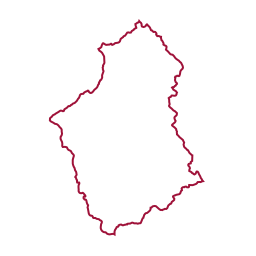 Sihuas, Áncash, Peru, rotated 184°
{"feature_id": "86281439B22456830614745", "entity_name": "Sihuas", "entity_type": "district", "adm_level": 2, "iso_a3": "PER", "parent_name": "Peru", "parent_adm1": "Áncash", "projection": "robinson", "projection_center": [-77.577, -8.497], "detail": "fine", "context": "isolated", "style": "outline", "palette": "rose", "viewbox_px": 256, "rotation_deg": 184, "n_neighbors": 0, "source": "geoboundaries", "source_scale": "gbopen_adm2", "svg_char_len": 5762}
<svg xmlns="http://www.w3.org/2000/svg" viewBox="0 0 256 256"><g transform="rotate(184 128 128)"><path d="M77.8,193.7L79.5,196.6L80.3,197.3L80.9,197.6L81.9,198.7L83.4,199.5L85.1,200.6L86.2,201.7L86.9,202.7L88.6,204.2L90.3,204.4L91.0,204.7L93.4,207.1L95.6,208.8L95.4,209.7L95.2,211.1L95.3,212.0L96.1,212.7L97.3,213.0L98.5,213.7L98.4,214.7L98.5,215.1L100.0,217.5L100.7,217.9L101.4,220.2L101.4,221.3L102.5,221.4L103.7,221.9L105.2,221.7L105.7,222.2L106.4,223.1L106.1,223.8L106.5,224.7L107.5,225.7L108.2,225.8L109.3,225.6L110.2,226.3L110.7,226.9L111.5,227.0L111.9,227.2L112.9,229.3L113.9,230.6L115.0,231.4L116.2,232.7L116.4,232.7L116.7,232.4L117.1,231.9L117.4,231.1L118.3,230.3L119.5,229.8L121.1,230.2L121.5,230.9L121.7,232.6L122.2,233.5L122.5,233.9L123.7,234.7L124.3,235.4L124.5,234.5L125.0,234.0L125.9,233.8L126.8,232.9L127.9,232.2L127.6,230.8L126.7,228.7L126.7,228.4L128.6,227.3L129.1,226.4L131.0,225.0L131.8,223.4L133.1,223.2L134.3,223.4L135.4,223.1L137.2,220.1L137.5,219.8L138.3,219.5L139.0,218.9L139.2,218.3L139.9,217.8L141.5,216.4L142.1,214.0L142.8,213.0L143.9,212.4L146.7,211.8L148.1,210.5L149.6,209.8L150.5,210.8L150.8,210.9L152.1,210.0L155.7,209.4L157.3,210.1L158.2,210.7L158.8,210.8L159.2,210.4L159.9,208.7L160.3,206.8L161.6,205.6L163.0,204.8L162.7,204.2L161.9,203.1L160.3,202.2L159.1,201.2L157.3,198.5L156.8,197.6L156.1,191.6L156.2,190.9L157.2,188.8L157.3,188.4L157.1,187.7L157.5,186.5L157.2,185.6L157.1,184.3L156.6,183.7L156.4,182.8L157.5,178.9L157.3,176.4L158.1,174.3L159.2,173.5L159.4,172.3L159.9,171.8L160.2,170.8L160.0,170.1L160.8,169.0L161.3,167.3L161.6,166.6L162.4,165.5L164.2,163.8L165.5,161.8L166.7,160.6L167.7,160.3L168.4,160.5L169.6,161.4L170.1,162.4L170.7,162.5L171.9,161.6L172.8,161.3L174.3,160.2L174.8,159.2L175.2,158.9L176.1,158.9L177.5,158.4L178.3,157.3L178.4,156.3L179.1,154.5L179.7,153.9L181.0,151.4L182.9,149.3L184.8,148.4L185.7,147.3L186.6,146.9L187.1,146.1L187.9,145.7L188.8,145.7L189.2,145.4L190.3,144.0L192.6,142.3L192.9,141.8L193.0,140.9L193.4,140.4L194.1,140.2L195.2,140.6L196.5,140.6L197.2,140.2L198.4,139.2L201.3,137.2L202.1,136.4L203.4,135.8L204.0,135.2L205.0,133.7L206.2,132.7L206.5,132.1L206.4,131.6L206.5,130.3L205.7,129.3L202.5,127.9L201.5,127.2L199.2,126.8L198.5,126.4L197.4,125.5L196.5,124.4L194.8,122.9L194.2,122.1L194.0,121.4L193.9,119.9L193.4,117.7L193.7,116.1L194.6,114.4L194.5,112.6L194.3,112.0L192.8,109.4L192.4,107.6L192.4,105.9L192.2,105.1L191.7,104.5L189.7,104.8L188.1,104.6L187.5,104.3L186.9,103.1L186.2,102.3L185.8,102.0L184.2,101.4L183.4,101.0L183.1,100.6L182.3,99.2L180.5,97.6L180.1,96.8L180.1,96.2L180.6,94.0L180.9,92.3L180.6,88.5L180.0,86.8L179.3,85.4L178.6,84.5L177.8,82.1L176.8,80.8L176.5,80.0L176.0,77.8L176.5,76.6L177.1,75.8L177.2,75.4L176.4,74.6L175.8,73.0L175.2,72.4L175.1,70.7L174.9,70.1L174.5,70.0L173.0,70.2L172.7,69.7L172.7,69.0L173.1,68.0L173.3,67.1L173.3,65.8L172.9,63.0L172.9,61.7L172.5,60.8L171.8,60.0L171.0,59.7L169.9,59.7L168.6,60.2L167.8,59.7L165.9,57.7L165.7,57.0L166.0,56.6L166.9,56.8L167.4,56.3L167.5,55.6L167.4,54.8L166.3,53.6L165.4,53.7L164.9,53.4L164.4,52.5L163.9,50.6L163.0,48.8L162.4,48.2L162.8,45.8L162.4,44.9L161.1,39.8L160.2,38.5L159.3,38.0L158.2,38.0L157.6,37.8L157.1,37.3L156.7,36.3L156.3,35.9L155.8,35.8L154.4,36.0L152.9,35.2L151.5,35.1L150.5,34.9L149.7,34.2L148.1,33.5L147.9,33.2L147.5,32.6L147.5,32.3L147.7,31.2L148.1,30.3L148.2,29.0L148.3,27.3L148.2,26.1L147.7,24.8L146.8,23.6L145.3,22.6L144.5,22.4L143.1,22.4L142.6,22.1L141.5,21.1L140.2,20.7L138.8,20.6L137.3,21.0L135.4,21.4L134.8,21.3L134.0,20.9L134.2,23.8L133.9,25.2L132.7,27.4L132.4,28.3L131.8,28.7L131.1,28.8L130.6,29.5L130.6,30.2L130.2,30.5L129.2,31.0L128.1,31.2L126.7,30.6L126.1,30.6L124.4,31.3L123.5,31.4L122.8,31.8L122.1,31.8L122.0,32.3L121.6,32.5L119.2,32.8L117.3,33.9L116.1,33.7L115.2,33.3L112.8,33.5L111.6,33.2L110.3,33.7L109.0,33.9L108.6,34.3L107.1,38.9L106.3,39.6L106.3,40.5L105.9,41.5L105.9,42.1L105.1,43.4L104.5,44.1L104.1,44.3L103.0,44.6L101.8,45.7L100.3,47.3L99.9,48.3L99.9,50.1L99.0,50.3L98.2,51.3L97.6,51.7L95.8,52.1L94.6,51.9L91.4,49.4L89.9,48.5L89.4,48.6L88.0,48.5L87.3,49.1L86.4,49.4L85.7,49.9L84.2,49.9L83.3,50.7L82.4,53.5L80.6,55.3L80.1,55.3L79.6,55.8L79.2,57.3L77.5,58.8L76.9,59.5L76.9,60.8L78.0,62.0L78.3,62.6L78.3,63.0L76.8,64.0L76.0,64.2L75.3,64.7L72.4,65.5L71.9,65.8L71.5,66.5L71.3,66.6L70.7,68.8L69.8,69.7L70.3,71.3L69.9,72.1L69.3,72.6L68.7,72.9L67.6,72.9L67.3,73.3L66.2,73.6L65.9,73.6L65.0,73.0L64.0,73.0L63.5,73.1L63.1,73.5L63.0,75.4L59.6,75.5L59.0,75.7L56.3,76.9L55.3,77.8L54.9,78.7L54.7,78.9L52.5,79.2L51.8,79.1L50.1,80.1L49.5,80.2L50.5,81.3L50.8,82.0L52.0,83.4L52.5,84.7L54.1,87.1L54.8,88.6L55.5,89.3L56.3,89.4L56.6,89.2L57.4,87.1L58.5,86.3L59.3,86.6L60.1,87.3L61.0,87.6L61.6,88.4L63.9,89.4L63.9,90.6L63.4,92.3L64.1,93.7L65.2,94.7L65.3,95.7L64.9,96.4L62.9,97.1L63.0,98.5L61.7,99.6L61.9,105.2L62.3,105.3L64.9,107.4L66.6,110.0L67.5,110.3L68.4,111.3L70.3,112.7L70.8,113.5L71.4,115.4L71.0,117.5L71.7,118.5L72.4,119.9L76.1,122.6L77.2,123.8L78.7,125.0L78.7,125.8L79.0,126.6L78.9,127.9L79.6,129.0L79.9,130.3L81.4,131.7L83.8,133.3L84.2,133.7L84.3,134.0L83.9,134.7L81.7,136.8L81.3,137.4L81.0,138.4L81.6,139.2L82.2,140.5L82.4,141.4L82.3,142.0L81.9,142.6L80.8,143.7L80.3,144.4L80.2,145.9L80.3,146.4L81.1,147.0L82.6,148.2L83.8,148.6L85.9,150.5L87.3,151.4L88.5,152.6L88.6,153.0L88.1,154.7L88.7,156.8L88.9,159.1L89.5,160.7L88.5,161.6L87.6,161.9L86.8,163.4L86.3,163.5L83.9,163.4L83.0,163.6L82.5,163.9L82.0,164.8L81.9,166.1L81.6,166.7L82.0,167.2L82.7,168.0L85.5,169.5L86.2,170.7L86.9,171.4L86.5,171.8L85.1,172.0L84.2,173.2L83.5,173.5L83.2,174.2L82.2,175.5L82.5,176.3L83.6,177.1L84.5,179.1L84.3,180.7L84.7,181.8L84.3,182.7L84.0,182.8L83.4,182.8L82.6,183.6L80.9,183.3L80.4,183.6L79.9,185.5L79.7,188.2L79.0,189.5L77.6,191.1L77.4,192.2L77.8,193.7Z" fill="none" stroke="#9f1239" stroke-width="2"/></g></svg>